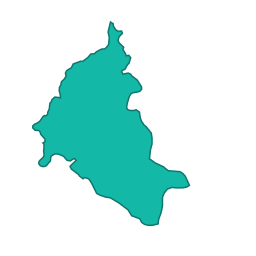 the district of General Câmara, Rio Grande do Sul, Brazil, rotated 33°
{"feature_id": "56859067B97267452374652", "entity_name": "General Câmara", "entity_type": "district", "adm_level": 2, "iso_a3": "BRA", "parent_name": "Brazil", "parent_adm1": "Rio Grande do Sul", "projection": "natural_earth1", "projection_center": [-51.935, -29.838], "detail": "fine", "context": "isolated", "style": "filled", "palette": "teal", "viewbox_px": 256, "rotation_deg": 33, "n_neighbors": 0, "source": "geoboundaries", "source_scale": "gbopen_adm2", "svg_char_len": 2213}
<svg xmlns="http://www.w3.org/2000/svg" viewBox="0 0 256 256"><g transform="rotate(33 128 128)"><path d="M178.9,199.6L187.3,197.7L190.8,199.7L193.0,199.8L194.4,199.8L198.2,198.5L199.6,197.5L201.5,196.3L205.5,192.0L204.3,189.8L203.3,187.3L202.0,181.6L200.5,177.4L199.2,174.3L194.7,167.4L194.2,164.9L193.8,163.0L194.3,157.8L197.2,153.9L201.3,151.8L206.4,148.4L208.5,146.5L209.6,145.2L210.7,142.6L202.2,137.2L198.6,136.3L195.4,136.3L185.0,141.9L180.8,141.5L179.0,141.2L169.6,142.5L162.7,142.1L158.5,133.5L156.9,128.4L153.6,123.3L150.3,119.6L142.5,117.0L140.0,116.8L138.6,116.2L135.7,115.0L133.5,113.4L131.4,111.3L128.9,108.4L124.9,108.3L123.0,110.5L119.7,112.4L118.0,112.7L116.6,112.3L115.4,111.0L113.9,107.6L112.0,101.1L111.8,98.0L112.8,95.9L117.0,92.0L118.0,90.5L118.3,88.0L116.9,86.1L112.2,83.9L109.7,82.8L102.5,82.2L101.0,81.4L98.2,81.8L94.6,85.5L92.1,84.4L91.9,82.7L93.5,80.4L93.1,75.3L93.6,73.1L92.6,69.8L92.0,67.6L89.1,66.6L87.2,68.4L85.0,66.8L80.9,64.9L80.4,62.6L74.8,61.6L72.8,60.7L71.6,59.2L70.9,56.7L71.1,54.7L71.8,51.6L69.8,50.2L66.7,52.4L63.8,52.2L60.2,50.4L58.8,48.6L55.6,48.7L59.0,58.3L63.1,62.4L66.3,68.7L66.0,72.4L65.2,74.6L63.1,75.9L61.3,78.8L60.0,81.3L59.3,84.1L56.5,86.2L55.9,90.9L53.8,96.6L51.7,98.0L50.0,100.4L47.2,104.1L47.7,108.5L46.6,110.4L45.3,113.4L45.7,116.2L47.7,117.9L47.9,119.7L47.8,122.4L47.0,125.4L48.2,128.5L48.4,131.3L50.2,134.5L52.4,136.2L54.9,139.4L49.8,141.9L48.8,145.3L49.3,147.9L49.0,149.8L51.6,154.9L52.1,158.4L53.1,160.3L52.5,162.5L51.1,163.2L50.4,164.9L50.5,167.4L50.3,170.6L48.9,173.8L47.6,175.6L47.0,178.0L48.1,179.8L51.4,180.5L54.5,178.7L56.1,179.0L58.4,180.9L64.3,182.5L65.9,184.7L64.8,186.9L66.2,187.2L68.2,190.1L69.7,193.2L71.8,195.6L72.8,197.3L72.7,199.6L71.9,202.3L71.6,204.4L72.6,206.6L75.0,207.4L77.3,206.9L78.8,205.9L80.1,204.0L80.4,200.9L80.9,197.9L78.8,193.8L79.7,191.5L81.0,189.4L83.6,187.9L87.2,187.1L89.9,186.9L92.3,187.7L94.4,188.3L96.3,187.6L97.6,187.0L98.6,184.4L99.5,182.8L102.2,183.4L100.6,189.6L100.3,191.8L102.9,193.3L112.0,194.0L113.4,194.7L118.0,195.1L118.6,193.1L122.5,192.1L124.2,192.6L127.9,194.3L137.3,199.9L141.2,199.6L147.3,198.0L151.0,196.2L160.8,195.8L172.5,196.6L178.9,199.6Z" fill="#14b8a6" stroke="#0f766e" stroke-width="1.5"/></g></svg>